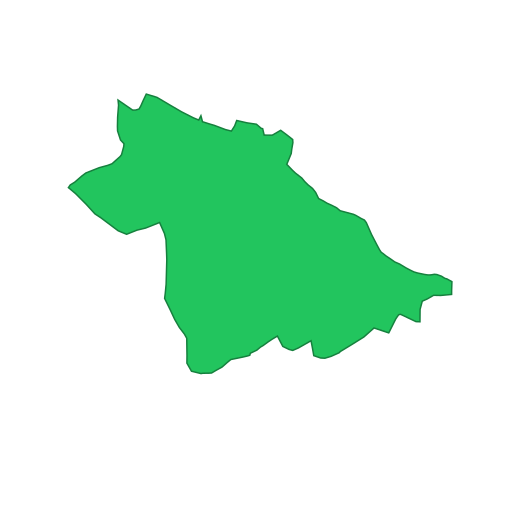 Shaqlawa, Arbil, Iraq (orthographic projection), rotated 195°
{"feature_id": "34846034B67830474961503", "entity_name": "Shaqlawa", "entity_type": "district", "adm_level": 2, "iso_a3": "IRQ", "parent_name": "Iraq", "parent_adm1": "Arbil", "projection": "orthographic", "projection_center": [44.21, 36.45], "detail": "fine", "context": "isolated", "style": "filled", "palette": "green", "viewbox_px": 512, "rotation_deg": 195, "n_neighbors": 0, "source": "geoboundaries", "source_scale": "gbopen_adm2", "svg_char_len": 2297}
<svg xmlns="http://www.w3.org/2000/svg" viewBox="0 0 512 512"><g transform="rotate(195 256 256)"><path d="M60.1,281.9L65.7,283.3L67.8,283.3L71.6,284.5L76.5,284.9L79.0,284.5L82.2,283.0L85.0,282.2L88.4,281.8L95.6,281.4L99.3,281.5L103.0,282.2L108.3,283.4L115.2,285.4L120.5,286.2L124.5,287.7L130.4,289.7L133.8,291.2L136.0,292.0L138.2,293.9L142.6,298.6L146.9,303.3L150.0,306.7L158.1,316.8L160.6,318.8L164.3,319.5L170.2,321.1L172.7,321.5L186.5,321.5L190.5,323.4L196.1,324.6L201.1,325.4L205.2,326.6L210.4,327.7L214.8,332.8L218.9,335.9L224.2,338.2L228.2,340.5L232.0,343.2L239.4,346.3L242.9,348.2L250.0,352.5L249.4,357.1L248.5,364.1L249.1,368.4L249.7,375.0L250.7,378.0L257.2,380.8L264.7,383.8L271.6,376.9L279.4,374.9L282.5,380.7L284.1,380.7L289.7,383.4L299.1,382.3L309.7,381.9L310.3,376.1L312.1,370.3L318.1,370.2L330.2,371.4L334.7,371.5L341.2,371.8L342.4,371.8L345.5,377.2L346.5,372.5L352.4,373.3L365.2,376.0L377.7,379.4L392.7,383.6L403.9,384.0L405.2,377.0L406.1,371.2L407.0,367.7L410.1,365.8L412.9,365.0L421.4,368.0L429.6,370.9L427.8,366.1L425.6,354.3L423.4,345.3L422.1,341.0L416.9,333.0L412.6,330.3L412.1,327.6L412.1,323.9L412.1,319.1L413.0,316.9L419.0,307.8L422.8,305.1L430.2,300.8L441.8,292.2L444.8,288.4L450.3,280.3L453.8,276.6L454.9,273.5L446.5,269.6L433.4,262.0L422.5,255.0L415.6,252.7L395.7,244.7L392.9,244.3L386.6,243.5L377.6,250.2L369.9,254.4L357.8,263.4L350.3,254.1L347.1,248.3L342.9,234.9L341.2,229.3L335.5,205.4L334.0,196.5L333.3,191.4L324.9,181.8L318.1,173.7L311.5,167.1L305.0,162.1L301.6,158.6L296.9,142.0L295.0,134.6L288.5,128.0L278.7,128.2L277.2,128.9L272.8,130.2L271.6,130.5L268.6,131.5L264.9,135.3L260.0,140.0L256.3,145.6L253.5,149.5L250.1,151.2L242.5,155.0L238.4,157.2L236.3,158.5L236.3,160.6L230.8,165.3L228.1,169.2L226.0,171.3L222.2,176.0L218.8,179.9L214.6,184.2L206.7,175.6L199.9,174.3L196.1,174.3L191.3,178.1L180.9,188.4L177.8,182.0L174.4,174.7L167.2,174.2L163.0,175.1L157.5,178.5L150.6,184.1L150.2,184.9L150.0,185.2L150.0,185.4L149.8,185.6L149.7,185.7L141.0,194.8L131.2,205.3L130.9,205.6L123.6,216.7L123.4,217.0L108.1,216.1L107.9,216.1L107.8,216.4L104.7,231.5L103.1,236.0L102.8,236.3L101.3,237.1L84.4,234.0L82.8,234.4L80.6,234.9L83.7,246.9L83.7,255.4L79.5,258.8L74.3,264.0L67.4,265.7L57.1,269.5L58.1,273.3L60.1,281.9Z" fill="#22c55e" stroke="#15803d" stroke-width="1.5"/></g></svg>